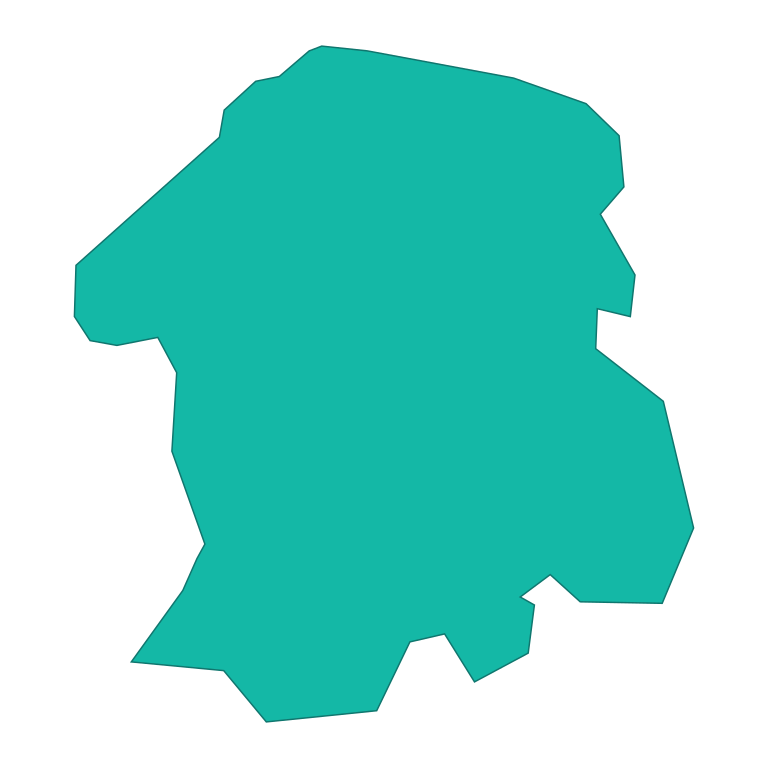 Melut, Upper Nile, South Sudan
{"feature_id": "79223893B2646445325724", "entity_name": "Melut", "entity_type": "district", "adm_level": 2, "iso_a3": "SSD", "parent_name": "South Sudan", "parent_adm1": "Upper Nile", "projection": "albers", "projection_center": [32.581, 10.371], "detail": "fine", "context": "isolated", "style": "filled", "palette": "teal", "viewbox_px": 768, "rotation_deg": 0, "n_neighbors": 0, "source": "geoboundaries", "source_scale": "gbopen_adm2", "svg_char_len": 639}
<svg xmlns="http://www.w3.org/2000/svg" viewBox="0 0 768 768"><path d="M661.9,603.3L662.2,603.3L693.6,528.0L663.3,401.3L595.7,348.7L597.3,308.7L630.3,316.6L635.0,275.0L600.3,214.2L623.9,186.9L619.1,135.7L586.1,103.7L513.7,78.1L367.4,50.9L321.7,46.1L309.2,50.9L279.3,76.5L255.7,81.3L224.2,110.1L219.4,137.3L76.0,265.3L74.4,316.5L90.1,340.6L116.9,345.4L157.8,337.4L176.7,372.7L171.9,451.2L204.9,544.1L197.0,558.5L182.8,590.5L131.3,661.9L223.7,670.6L266.3,721.9L376.7,710.7L409.9,641.9L444.6,633.9L474.5,681.9L528.2,653.1L534.4,605.0L520.2,597.0L550.2,574.6L580.2,601.8L661.9,603.3Z" fill="#14b8a6" stroke="#0f766e" stroke-width="1.5"/></svg>